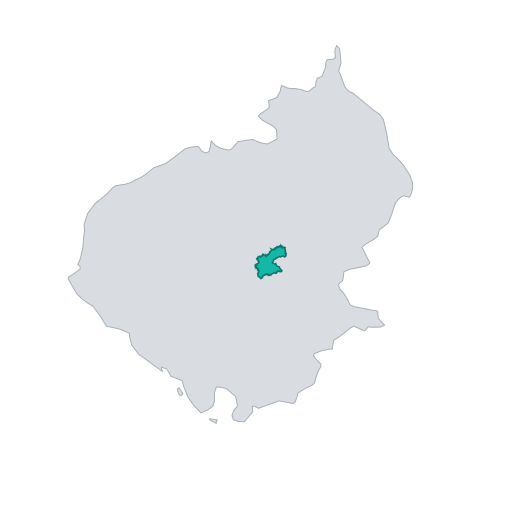 location of Baray, Kâmpóng Thum, Cambodia, rotated 332°
{"feature_id": "14789045B44673491264626", "entity_name": "Baray", "entity_type": "district", "adm_level": 2, "iso_a3": "KHM", "parent_name": "Cambodia", "parent_adm1": "Kâmpóng Thum", "projection": "albers", "projection_center": [105.123, 12.367], "detail": "fine", "context": "in_parent", "style": "filled", "palette": "teal", "viewbox_px": 512, "rotation_deg": 332, "n_neighbors": 0, "source": "geoboundaries", "source_scale": "gbopen_adm2", "svg_char_len": 7997}
<svg xmlns="http://www.w3.org/2000/svg" viewBox="0 0 512 512"><g transform="rotate(332 256 256)"><path d="M426.0,108.2L427.1,112.0L424.4,119.2L421.5,125.7L415.9,131.4L415.7,135.6L413.9,148.0L414.6,152.0L416.0,155.4L417.8,157.2L422.8,169.3L427.3,180.4L431.7,189.4L432.6,195.2L428.7,209.8L424.1,223.2L424.6,229.9L426.7,236.6L428.9,245.5L429.8,256.9L428.7,264.3L426.6,269.0L422.6,273.7L419.1,276.2L414.8,272.2L411.4,272.0L406.9,273.3L403.3,275.2L396.1,282.2L388.1,289.0L377.0,290.8L372.7,295.8L368.0,296.6L359.2,296.9L353.4,298.1L353.7,300.6L353.3,312.5L353.4,315.3L352.5,316.0L348.5,316.4L341.8,314.6L332.6,311.7L326.1,311.2L322.7,316.4L320.7,318.5L318.3,318.8L315.7,319.7L314.8,322.0L314.6,324.9L315.9,329.9L316.4,337.8L316.1,343.1L318.5,346.5L332.5,357.9L336.7,360.7L337.2,362.4L334.7,368.6L337.0,377.4L332.6,377.2L325.2,373.5L321.7,371.2L317.4,373.1L316.0,372.7L313.1,368.4L309.3,364.0L305.5,363.8L297.3,365.5L288.9,366.7L285.8,366.7L284.5,367.5L279.6,374.0L277.6,372.9L269.1,370.4L261.5,369.5L259.9,371.2L260.8,376.5L262.5,381.7L261.5,383.9L257.3,386.6L251.7,391.5L248.3,395.4L245.9,396.3L237.4,396.1L228.9,396.6L225.5,400.2L222.3,403.0L219.6,403.8L208.5,394.8L186.6,391.6L184.2,387.7L182.1,386.9L180.0,392.0L167.9,396.9L162.9,393.9L159.2,390.2L159.8,385.8L163.3,382.3L169.3,379.7L172.1,370.7L167.6,359.1L163.7,355.7L159.5,353.0L155.0,357.3L151.2,364.6L147.3,368.4L141.8,369.2L133.7,368.8L130.7,357.8L129.7,348.4L130.9,337.6L132.2,331.3L124.5,322.4L124.2,314.0L120.4,309.7L119.3,311.9L119.4,314.3L118.4,312.5L106.4,287.8L104.4,276.4L106.6,267.7L107.9,264.7L104.4,260.1L99.5,254.8L90.9,247.8L90.4,237.0L88.6,224.1L86.0,219.8L82.1,211.8L80.0,205.3L79.4,188.0L80.6,186.6L86.7,186.1L94.6,185.0L95.9,182.2L94.5,179.9L99.6,176.0L106.9,167.5L112.6,158.6L116.7,152.9L119.1,147.3L127.3,139.5L138.6,134.0L146.2,132.8L154.1,131.0L161.7,128.4L165.3,128.1L174.7,131.4L179.8,132.3L185.2,132.2L190.7,132.6L195.5,132.3L207.1,130.1L219.3,131.9L230.2,130.5L243.8,128.0L250.4,129.6L256.5,132.2L257.3,137.5L258.7,139.9L260.7,141.7L263.4,141.7L266.9,138.1L269.8,134.3L270.7,133.6L270.8,135.4L272.3,139.5L274.9,143.6L277.5,146.3L281.8,149.8L284.7,150.0L293.9,146.6L307.8,151.5L309.4,153.9L313.9,158.9L318.8,162.5L329.6,162.6L333.5,153.8L331.6,148.5L325.4,139.2L323.7,133.7L325.6,132.7L336.1,131.6L337.8,130.6L340.1,124.5L342.9,125.2L348.7,125.9L354.8,121.8L358.4,117.4L360.4,119.4L362.6,122.4L364.9,124.2L369.4,126.7L374.2,130.4L377.3,134.0L379.7,135.4L385.9,134.3L387.6,134.5L391.1,130.1L393.6,127.7L395.8,128.3L398.9,128.2L405.4,122.6L409.0,117.5L411.0,116.1L416.9,118.6L419.2,118.0L422.5,111.0L426.0,108.2ZM126.7,343.3L125.5,343.9L124.3,343.9L123.2,342.9L123.3,338.9L124.2,336.5L126.2,336.1L126.7,343.3ZM144.8,382.3L142.3,385.0L138.4,379.5L138.4,377.9L144.8,382.3Z" fill="#d9dde1" stroke="#a8b0b8" stroke-width="1"/><path d="M260.0,279.7L262.1,279.2L262.7,279.2L263.0,279.4L263.8,279.4L263.9,279.5L264.2,279.4L264.9,279.5L265.1,279.5L265.1,280.5L265.4,280.7L265.7,280.6L266.1,280.7L266.8,280.4L267.0,280.1L267.4,279.6L267.9,279.7L268.2,279.6L268.6,279.7L268.8,280.2L269.1,280.1L269.5,280.3L269.5,280.8L269.8,280.9L270.0,281.3L270.8,281.2L271.1,281.4L271.1,281.6L271.4,281.7L271.7,281.3L272.0,281.0L271.2,278.2L271.2,277.6L271.6,276.7L271.1,276.1L270.7,275.9L270.0,275.1L269.6,274.1L269.8,273.5L269.5,273.0L269.6,272.3L269.8,272.0L269.3,272.0L269.2,271.9L268.8,271.9L268.5,271.6L268.3,270.9L267.4,270.0L267.2,269.6L267.4,269.3L267.7,269.3L268.0,269.1L268.1,268.8L268.3,268.7L268.6,268.7L268.9,268.5L269.1,268.6L269.3,268.5L269.7,267.9L269.6,267.4L269.7,267.2L269.8,267.2L270.1,267.5L270.4,267.5L270.5,267.4L270.8,267.5L271.2,267.8L271.5,267.7L271.8,267.8L272.5,267.6L272.7,267.2L273.2,267.1L273.7,267.5L274.4,267.6L275.1,267.3L275.6,267.4L275.9,267.3L276.1,267.3L276.4,267.5L276.9,268.3L277.1,268.4L277.7,268.3L278.3,268.4L279.7,268.4L279.8,268.9L280.4,269.1L280.6,269.3L280.5,269.8L280.7,270.2L280.9,270.2L281.1,270.3L281.4,270.2L281.7,270.2L282.4,270.0L282.4,269.8L282.9,269.5L282.9,269.2L283.0,269.2L283.1,268.9L283.0,268.6L283.1,268.2L283.4,268.1L283.4,267.8L283.3,267.7L283.5,267.7L283.4,267.6L283.6,267.4L283.6,266.9L283.8,266.7L283.6,266.6L283.5,266.4L283.8,266.0L284.0,266.0L284.1,265.9L284.2,265.6L284.2,265.3L284.2,265.2L284.5,264.9L284.5,264.6L284.6,264.3L284.8,264.2L284.7,263.8L284.6,263.7L284.9,263.2L284.9,262.9L285.1,262.9L285.4,262.5L285.3,262.4L285.2,262.3L285.3,262.3L285.2,262.1L285.4,262.0L285.3,261.9L285.3,261.7L285.1,261.7L284.7,261.7L284.8,261.4L285.0,261.2L284.5,261.4L284.4,261.3L284.2,261.0L283.8,261.2L283.7,261.2L283.9,261.0L283.8,260.8L283.3,260.9L283.3,260.5L283.0,260.4L283.1,260.2L283.0,259.8L283.4,259.7L283.6,259.3L283.5,259.1L283.2,259.1L283.1,259.4L282.8,259.3L282.6,259.4L282.7,258.8L282.7,258.7L282.5,259.0L282.2,259.3L282.1,258.6L282.1,258.3L281.5,258.5L281.3,258.7L281.2,258.3L280.7,258.4L280.2,258.2L280.2,258.6L280.4,258.7L280.3,258.8L279.9,258.7L279.9,258.3L279.7,258.2L279.3,258.5L279.0,258.6L279.1,258.3L279.0,258.1L278.9,258.3L278.6,258.2L278.3,258.4L278.0,258.2L278.1,257.9L277.8,258.0L277.7,258.0L277.8,258.2L277.6,258.4L277.0,258.2L276.7,258.1L276.6,257.9L275.9,258.4L276.2,258.8L276.1,259.0L275.9,258.9L275.8,258.6L275.6,258.5L275.2,258.6L275.2,258.8L274.9,258.5L274.8,258.9L274.7,258.9L274.7,258.6L274.3,258.3L273.9,258.4L272.9,257.2L273.0,257.8L272.8,257.9L272.5,257.8L271.9,258.3L272.0,258.5L271.5,258.5L270.9,258.6L270.6,259.0L270.1,258.7L269.9,258.7L269.5,259.2L269.5,259.3L269.7,259.5L269.4,260.0L268.9,260.2L268.7,260.3L268.4,260.2L268.4,260.4L268.3,260.2L268.0,260.1L267.7,260.2L267.8,260.4L267.7,260.6L267.3,260.6L267.3,260.3L267.1,260.3L266.9,260.1L266.5,260.6L266.2,260.5L265.8,260.8L265.5,260.7L265.2,260.4L265.2,260.2L265.0,260.5L264.8,260.9L264.7,260.7L264.8,260.1L264.5,260.2L264.4,260.1L264.6,259.7L263.9,259.4L263.8,259.2L263.6,259.2L263.6,258.7L263.4,258.8L263.2,258.7L263.1,258.9L262.8,258.7L262.8,258.4L262.9,258.1L263.1,257.8L262.8,257.6L262.4,257.8L262.1,258.0L261.4,258.5L261.3,258.9L261.0,259.0L260.8,259.0L260.5,258.7L260.3,259.0L260.1,258.9L259.8,259.0L259.6,258.7L259.3,258.6L259.4,258.3L259.2,258.2L259.0,257.9L258.6,257.8L258.2,258.0L257.9,258.0L257.7,258.3L257.1,258.3L257.1,258.2L256.9,258.4L256.9,258.6L256.5,258.5L256.3,258.8L256.2,258.7L256.1,258.8L255.9,258.7L255.8,258.8L255.6,258.7L255.5,259.1L255.4,259.1L255.6,259.6L255.4,259.6L255.3,259.8L255.7,260.2L255.5,261.0L255.9,261.8L256.0,262.3L255.7,262.3L255.4,262.6L255.4,262.8L255.2,263.2L254.8,263.5L254.6,263.6L254.2,263.4L253.8,263.6L253.5,263.6L253.4,263.4L253.1,263.4L252.9,263.5L252.0,263.4L252.0,263.7L252.1,263.8L251.9,264.0L252.0,264.4L251.7,264.4L251.8,264.4L251.7,264.3L251.6,264.5L251.5,264.3L251.3,264.3L251.4,264.0L251.2,263.8L251.1,264.0L250.8,264.1L250.7,264.2L250.6,264.3L250.7,264.5L250.4,264.8L250.3,265.3L250.2,265.9L250.8,266.3L251.0,266.3L251.1,266.6L251.0,266.9L250.9,266.9L251.0,267.0L250.9,267.1L251.2,267.1L251.3,267.5L251.5,268.0L251.3,268.4L251.3,268.7L251.5,268.7L251.3,268.9L251.6,268.9L251.7,269.1L251.7,269.3L251.7,269.5L251.6,269.9L251.5,270.0L251.4,269.9L251.2,270.1L251.3,270.2L251.1,270.3L251.1,270.5L251.4,270.7L251.3,271.1L251.0,271.4L250.6,271.4L250.4,271.5L249.7,272.1L249.6,272.4L249.2,272.4L249.2,272.8L249.2,273.1L248.9,273.6L248.6,273.8L248.7,274.5L248.5,274.8L248.4,275.1L248.8,275.3L249.1,276.7L249.9,278.0L249.8,278.3L250.2,278.4L250.6,278.4L251.4,277.9L251.8,277.9L251.9,277.6L251.8,277.4L252.0,277.3L252.0,277.1L252.5,276.9L252.8,277.0L253.0,276.7L253.5,276.7L253.9,277.0L254.5,276.8L254.8,276.9L254.9,276.7L255.1,276.8L255.4,276.8L255.5,277.0L256.0,277.1L255.9,276.7L256.5,276.5L256.4,276.6L256.6,276.7L256.8,276.9L257.0,277.0L257.3,277.1L257.1,277.3L257.3,277.4L257.4,277.5L257.5,277.7L257.4,278.0L257.6,278.0L257.9,278.2L257.9,278.3L258.0,278.2L258.1,278.4L258.2,278.5L258.3,278.5L258.2,278.6L258.4,278.7L258.5,278.8L258.7,279.0L258.8,279.1L259.0,279.2L258.9,279.3L259.0,279.4L259.1,279.6L259.3,279.6L259.4,279.4L259.5,279.4L259.6,279.6L259.9,279.8L260.0,279.7Z" fill="#14b8a6" stroke="#0f766e" stroke-width="1.5"/></g></svg>